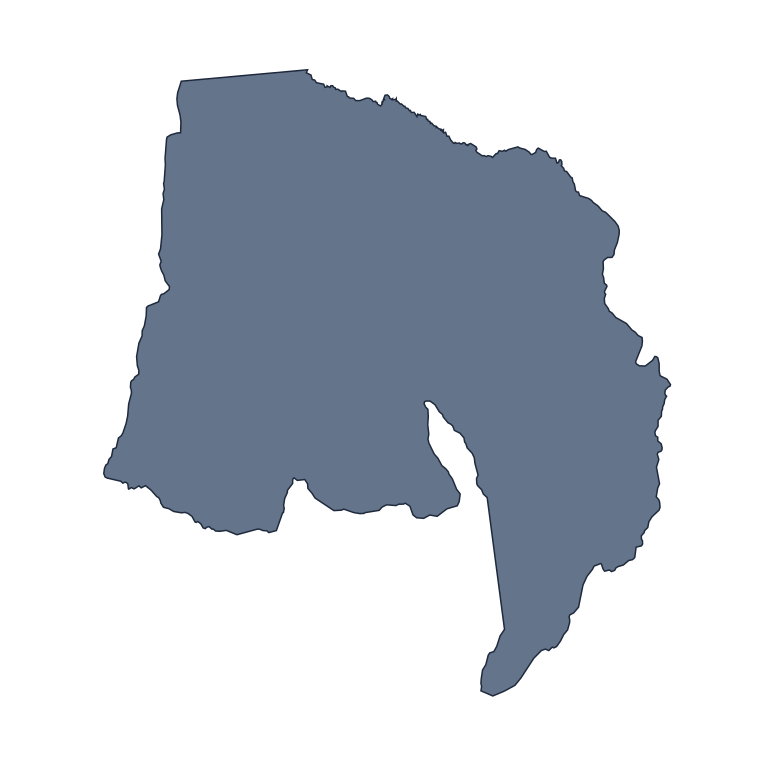 Santa Victoria, Salta, Argentina (Equal Earth projection), rotated 356°
{"feature_id": "61730980B62992861219638", "entity_name": "Santa Victoria", "entity_type": "district", "adm_level": 2, "iso_a3": "ARG", "parent_name": "Argentina", "parent_adm1": "Salta", "projection": "equal_earth", "projection_center": [-64.86, -22.445], "detail": "fine", "context": "isolated", "style": "filled", "palette": "slate", "viewbox_px": 768, "rotation_deg": 356, "n_neighbors": 0, "source": "geoboundaries", "source_scale": "gbopen_adm2", "svg_char_len": 6130}
<svg xmlns="http://www.w3.org/2000/svg" viewBox="0 0 768 768"><g transform="rotate(356 384 384)"><path d="M665.1,415.8L664.1,415.0L663.5,412.8L664.2,409.7L667.0,407.0L669.3,406.0L669.8,404.6L666.6,398.9L660.0,395.0L659.4,390.4L659.9,382.9L659.0,377.1L657.6,375.7L656.1,375.4L653.5,379.2L645.9,384.3L640.1,383.7L637.5,381.8L636.6,380.4L636.7,379.0L643.9,364.1L644.8,359.1L644.7,355.6L640.9,353.4L638.2,349.8L635.0,347.3L630.1,340.6L619.8,333.8L616.5,329.1L613.7,327.0L613.1,324.6L609.8,319.1L609.7,314.2L611.4,309.9L610.5,308.8L610.4,307.1L613.2,302.3L613.0,300.9L610.8,298.8L610.5,293.0L609.5,289.9L610.9,284.5L611.1,277.3L612.2,275.7L615.8,273.4L620.3,273.6L622.5,270.8L623.2,266.4L626.7,259.1L629.0,251.0L629.4,247.2L628.6,242.8L625.8,238.2L617.1,228.2L613.8,226.5L609.9,221.3L605.2,217.4L603.9,215.4L601.1,213.2L592.3,209.7L591.3,206.1L589.6,205.8L588.6,204.5L587.8,197.8L586.6,195.6L586.1,191.5L584.7,190.6L581.1,184.9L578.8,183.9L578.3,181.4L576.1,178.6L576.8,177.4L576.8,174.4L575.9,172.7L574.6,172.7L573.5,175.1L572.0,175.7L570.8,170.7L567.3,170.5L565.0,169.4L562.1,163.1L560.1,163.2L554.3,159.4L552.6,160.8L551.4,163.6L547.9,165.3L546.5,165.1L545.1,162.9L541.3,159.9L535.8,158.0L534.2,156.8L524.4,158.8L521.6,160.3L520.6,159.2L518.4,160.1L515.1,159.3L513.3,162.0L511.9,162.0L508.0,165.6L506.8,164.4L503.6,163.5L501.7,164.3L499.9,163.1L498.0,163.3L492.6,159.0L491.9,157.4L493.1,156.1L492.4,153.9L487.2,150.1L485.3,150.7L484.2,151.9L483.5,150.9L482.6,151.3L481.4,149.2L479.8,148.8L478.6,149.8L477.0,149.8L476.3,148.9L473.3,149.0L471.8,148.0L471.1,148.9L470.2,148.7L467.5,145.2L466.0,141.3L464.1,141.3L463.0,137.2L461.1,137.7L460.1,136.3L460.9,136.1L461.0,134.6L460.1,135.3L459.4,134.4L459.1,135.2L458.3,135.0L458.1,133.7L456.3,133.1L454.9,131.5L454.0,131.8L454.1,130.6L451.8,129.8L449.7,127.0L448.4,127.4L448.2,125.4L446.3,124.5L446.0,123.1L445.0,123.1L444.3,120.1L439.3,118.6L439.0,117.6L437.8,118.2L436.6,117.1L435.5,119.5L433.0,115.1L430.3,115.1L429.3,112.9L428.4,113.1L427.1,110.8L424.9,110.1L424.2,108.4L423.5,108.5L420.8,105.8L419.8,105.9L416.7,102.4L416.0,102.6L416.1,100.1L415.5,100.9L412.1,101.1L412.4,100.0L411.4,100.5L409.7,99.4L409.2,97.6L407.7,95.9L405.2,96.0L403.7,99.1L404.3,100.4L403.2,100.3L402.9,101.8L402.0,102.0L402.1,103.2L401.4,103.5L401.6,104.8L399.9,106.4L397.1,104.5L396.7,102.8L395.9,102.7L395.4,101.3L392.8,101.5L391.7,99.6L389.2,97.9L386.5,97.6L379.7,99.6L375.5,99.3L373.7,96.9L369.6,96.3L368.8,95.1L367.5,94.7L366.0,89.2L362.6,88.7L361.8,89.2L358.6,86.7L356.3,86.7L356.1,85.3L354.4,84.4L353.6,82.9L351.8,82.7L350.8,84.4L348.1,82.6L348.1,83.5L345.9,84.0L344.7,80.7L337.6,78.7L336.0,75.9L333.7,75.3L332.7,70.7L328.2,68.1L329.7,65.2L202.9,67.8L198.5,78.9L197.3,85.0L197.4,91.7L199.3,101.4L199.7,108.6L198.6,119.2L195.3,119.1L188.5,120.6L184.8,122.6L184.1,125.0L181.3,143.8L181.2,150.1L178.8,166.8L178.1,168.5L178.5,174.5L176.9,178.6L177.2,184.7L174.4,193.8L172.9,219.6L170.5,233.6L168.2,238.7L170.3,246.0L168.7,249.5L168.9,251.3L169.9,255.4L171.9,259.9L173.0,265.9L176.8,271.8L176.3,274.8L170.5,278.7L168.3,279.0L167.2,280.2L164.8,286.3L154.1,289.7L152.4,291.1L151.5,299.6L149.0,309.3L146.5,314.0L146.0,319.3L142.4,326.0L139.1,339.4L139.2,348.6L140.4,353.3L140.0,357.1L135.9,359.7L134.6,361.9L132.5,363.1L131.5,364.6L130.8,369.7L131.5,372.3L131.4,375.7L127.9,386.1L126.0,398.3L124.0,405.3L120.1,414.7L118.4,417.2L115.3,419.4L112.4,428.9L109.1,429.9L107.1,437.4L104.4,440.0L102.9,444.2L100.8,445.5L99.2,448.9L98.2,453.8L99.3,457.3L101.2,458.5L114.5,462.6L116.6,464.7L118.6,463.9L120.2,464.3L121.5,465.9L121.7,470.6L122.1,471.1L124.7,469.7L127.4,471.2L132.5,468.5L134.5,470.7L139.0,468.8L144.1,473.5L149.5,480.5L151.4,481.7L152.8,485.0L153.0,487.1L155.4,491.6L160.8,493.4L165.3,496.5L173.0,498.4L176.6,498.2L179.3,499.4L183.2,502.6L185.9,508.5L187.1,509.0L188.7,508.2L191.5,510.7L193.6,515.0L195.6,515.8L197.4,514.4L199.7,514.1L202.0,516.7L203.7,516.9L205.7,518.9L210.0,519.5L216.4,519.0L226.8,524.1L247.3,520.0L249.5,520.0L252.8,521.7L256.8,522.3L258.8,524.2L266.4,522.7L273.8,505.6L274.7,505.2L275.8,501.2L275.4,498.1L276.9,491.4L280.0,485.6L280.3,483.3L285.9,476.9L286.3,472.6L287.7,471.4L290.8,474.1L298.3,473.8L300.8,478.2L300.8,482.9L304.4,487.7L307.3,493.0L325.2,506.8L332.8,506.9L335.1,506.0L344.7,510.1L350.8,511.6L354.9,511.7L356.1,511.0L370.4,509.7L373.6,506.6L378.2,504.7L387.4,506.1L390.3,504.9L394.9,505.2L396.9,504.4L401.3,507.7L403.8,516.6L407.2,519.7L414.2,520.8L420.5,517.9L427.8,519.7L438.1,512.9L448.6,510.6L450.8,506.6L452.3,499.0L449.1,494.1L445.6,483.5L442.5,478.4L442.1,476.3L439.7,472.8L436.0,469.4L432.5,461.6L429.2,457.4L424.7,446.2L424.0,441.9L425.2,437.2L424.8,427.7L425.9,419.5L426.0,412.3L424.0,410.1L422.6,406.3L423.3,404.5L425.0,403.9L428.9,404.3L433.5,408.3L437.2,415.5L440.2,418.5L440.8,421.0L445.2,427.2L447.8,428.7L449.6,430.7L451.0,435.2L456.3,438.3L460.0,443.3L460.4,447.5L461.5,449.2L462.5,453.5L467.1,459.2L468.9,463.8L469.2,469.6L471.5,481.5L469.7,484.7L469.6,489.9L470.2,491.8L474.0,496.3L475.4,500.7L479.0,504.5L487.1,637.2L482.3,643.3L478.2,653.5L475.0,658.5L470.6,659.7L469.0,661.9L466.0,671.1L462.4,676.1L460.5,684.5L459.8,689.5L460.3,692.4L459.3,696.9L470.8,702.8L483.2,698.5L493.6,693.7L500.0,686.9L514.3,668.0L522.5,660.8L526.5,659.7L529.8,661.4L533.5,658.2L535.0,659.1L537.8,658.0L542.2,652.6L545.8,646.5L550.0,642.1L552.5,635.0L552.8,632.4L552.4,628.9L553.4,627.2L557.2,625.6L562.5,620.2L568.5,598.4L573.1,590.0L578.9,583.6L580.9,580.3L587.7,578.2L588.4,579.1L589.7,584.0L591.0,586.1L596.0,585.3L597.8,587.0L601.1,586.0L602.4,583.8L604.6,582.5L610.1,581.3L615.9,577.1L619.5,576.6L621.1,575.5L622.1,574.4L624.1,564.4L629.6,563.4L630.8,561.7L630.9,558.4L630.0,556.7L630.1,553.4L633.0,550.6L633.8,548.4L637.1,545.6L638.6,539.9L642.1,535.1L649.6,529.0L650.8,526.2L650.7,521.1L650.1,518.7L647.7,515.5L649.8,506.8L651.9,502.8L650.0,486.0L652.9,478.5L651.7,473.0L652.6,471.3L655.6,470.4L656.7,469.0L657.0,466.8L656.3,463.0L653.1,459.8L653.4,456.2L651.3,454.6L650.8,451.7L651.4,449.6L654.4,445.5L654.9,439.3L658.4,435.6L659.0,430.5L660.0,428.8L660.4,426.2L662.1,423.1L662.9,419.2L665.1,415.8Z" fill="#64748b" stroke="#1e293b" stroke-width="1.5"/></g></svg>